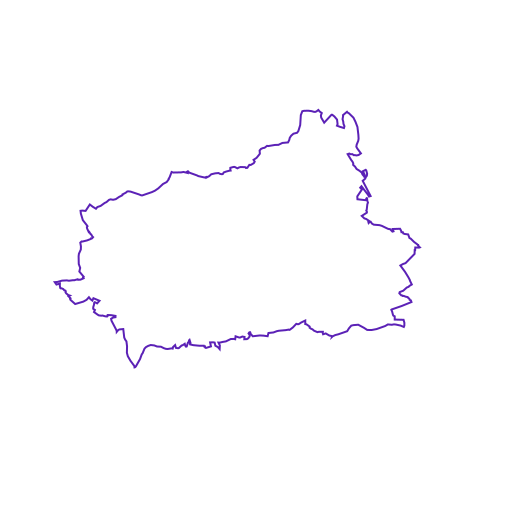 Ceuasu De Campie, Mures, Romania (orthographic projection), rotated 137°
{"feature_id": "2599482B23601231782358", "entity_name": "Ceuasu De Campie", "entity_type": "district", "adm_level": 2, "iso_a3": "ROU", "parent_name": "Romania", "parent_adm1": "Mures", "projection": "orthographic", "projection_center": [24.479, 46.65], "detail": "fine", "context": "isolated", "style": "outline", "palette": "violet", "viewbox_px": 512, "rotation_deg": 137, "n_neighbors": 0, "source": "geoboundaries", "source_scale": "gbopen_adm2", "svg_char_len": 6132}
<svg xmlns="http://www.w3.org/2000/svg" viewBox="0 0 512 512"><g transform="rotate(137 256 256)"><path d="M267.3,372.0L267.5,371.6L270.9,371.0L274.9,372.1L281.4,372.1L285.4,372.7L288.5,373.7L297.9,377.9L298.6,378.7L299.6,380.9L303.8,388.6L305.1,390.2L306.1,391.0L308.1,391.1L311.7,392.1L312.2,391.6L312.8,391.7L315.9,392.6L319.8,393.2L322.2,394.6L323.7,396.6L325.2,397.3L328.6,397.4L330.5,398.0L335.5,398.6L338.6,400.0L340.8,399.7L341.8,403.3L342.4,407.0L349.9,405.2L352.1,407.7L353.5,408.7L355.2,406.4L358.2,400.3L358.8,393.1L358.9,392.7L360.0,392.5L360.8,391.2L362.0,387.5L361.5,387.4L362.1,384.7L361.8,384.2L362.4,381.8L362.3,380.9L363.8,380.7L364.7,381.4L365.1,381.1L368.9,382.6L373.0,384.9L373.7,385.6L375.4,385.6L377.5,382.4L379.7,380.2L384.0,378.4L385.9,376.8L391.1,371.0L392.7,367.2L395.8,365.1L396.2,358.3L397.1,358.3L397.3,357.3L400.5,358.4L402.4,360.0L402.3,360.6L405.6,362.3L406.2,363.0L409.7,365.5L411.0,367.2L414.7,370.3L419.0,372.5L421.0,374.1L421.4,371.2L418.2,369.6L419.8,368.0L421.0,366.1L420.9,365.5L420.2,364.9L419.5,363.2L419.6,361.6L419.0,360.7L419.2,359.9L420.1,359.3L420.3,358.1L419.9,355.4L419.2,354.1L420.6,354.5L420.5,351.6L421.2,351.5L421.6,350.5L421.0,344.2L413.4,340.4L409.8,339.5L406.3,339.8L406.5,337.4L406.1,335.0L403.7,336.0L401.0,330.0L404.5,329.7L405.2,331.8L405.6,332.3L406.3,332.1L407.5,331.0L409.9,329.6L411.0,328.5L411.1,328.2L410.6,326.4L412.7,325.5L411.8,321.0L411.4,319.7L409.8,317.8L408.9,317.2L407.4,314.7L406.2,313.3L405.5,313.3L405.0,314.0L404.7,314.0L402.1,311.3L399.6,308.0L400.5,307.1L402.6,308.5L404.8,308.9L405.8,307.3L408.5,297.5L409.0,296.2L409.6,295.5L407.1,295.8L405.9,295.4L402.9,293.1L408.0,286.2L408.7,284.1L409.0,281.9L411.9,277.9L416.4,273.3L418.1,270.1L419.3,264.8L420.0,258.5L420.8,257.4L420.2,257.1L419.1,257.2L411.1,259.7L406.6,262.0L405.3,262.2L400.7,264.3L398.6,264.4L396.2,263.8L393.7,262.7L391.4,260.0L390.1,257.3L387.4,254.5L386.2,251.3L385.2,249.5L384.0,248.2L380.7,246.0L380.1,245.1L378.7,246.0L375.9,246.0L377.2,243.4L375.9,241.7L375.2,241.3L371.4,241.3L370.6,240.8L368.0,240.4L368.9,238.7L369.0,237.4L368.4,237.1L364.8,239.1L364.1,238.8L362.4,240.0L361.8,240.0L363.2,237.1L364.2,236.8L364.5,236.3L362.7,233.6L358.8,229.2L355.3,225.9L355.6,225.1L355.0,224.7L355.6,223.7L355.3,222.9L350.6,220.6L348.5,224.1L346.2,222.1L345.3,220.9L346.9,218.1L346.0,215.4L346.1,212.7L343.4,215.3L342.5,218.3L341.5,217.3L339.0,215.9L336.3,214.1L331.1,212.5L328.8,210.5L328.0,209.3L325.7,211.2L324.0,208.0L323.4,207.3L320.9,206.4L319.6,204.6L321.3,203.1L319.3,201.4L317.9,201.1L315.6,201.5L314.5,202.5L314.3,204.4L313.2,204.7L312.3,204.4L312.3,204.0L313.0,203.0L313.1,199.5L307.4,195.3L304.8,192.6L302.2,189.4L299.4,191.2L295.4,188.2L292.0,186.8L290.2,185.7L284.8,181.5L282.3,179.9L282.1,179.3L281.5,179.0L277.8,178.6L272.8,178.9L271.8,177.4L270.7,176.9L268.5,176.6L264.0,175.2L266.4,172.6L265.7,171.7L264.9,167.8L265.7,167.0L265.3,165.1L264.7,163.9L264.5,161.8L263.0,158.4L261.7,157.7L258.8,155.0L259.7,154.2L260.3,153.0L257.8,151.8L256.6,147.8L255.1,145.7L255.1,145.3L255.6,145.0L254.7,145.0L251.9,144.1L249.2,142.6L240.6,138.8L237.4,139.7L233.8,140.1L231.9,139.0L228.1,136.0L226.0,129.8L225.1,126.1L224.5,125.5L221.9,123.0L217.6,120.3L209.3,116.7L206.2,116.0L203.6,113.1L201.7,111.9L200.4,110.4L197.7,106.5L196.3,103.3L195.0,103.9L193.0,106.0L191.6,108.7L197.9,114.9L195.7,117.3L196.2,118.6L196.0,119.5L194.3,122.6L193.7,124.4L193.3,124.4L183.6,120.1L173.7,116.3L173.0,117.9L173.5,119.2L173.0,120.2L173.3,122.1L173.1,122.5L174.3,124.2L175.2,126.1L176.0,126.8L176.0,127.4L176.6,128.2L176.6,131.0L175.5,131.6L172.0,130.2L167.2,130.1L165.4,129.4L164.1,129.5L161.5,128.9L160.2,133.1L159.9,133.4L159.1,136.4L157.8,142.8L156.9,150.6L154.0,149.9L151.5,148.8L138.6,149.4L135.9,152.1L135.6,151.8L133.7,153.6L131.0,150.9L130.3,150.6L130.4,152.3L129.9,153.3L130.2,153.5L130.1,154.6L130.8,158.5L131.0,163.2L131.5,164.5L130.0,168.0L132.3,170.8L132.9,172.1L132.4,173.3L133.4,174.2L132.6,175.6L132.1,177.7L137.6,182.5L138.6,180.3L139.6,180.8L139.7,184.4L140.4,185.0L141.0,186.0L143.4,192.2L144.6,194.3L148.5,198.6L149.1,200.6L148.8,202.8L149.2,203.0L149.2,203.4L151.1,203.3L150.4,204.7L149.5,205.1L150.2,208.0L151.1,209.6L151.3,213.2L145.4,212.1L144.8,212.6L144.3,214.1L143.5,214.3L139.3,217.9L137.7,218.7L137.0,220.4L135.4,222.5L135.5,222.8L136.2,222.8L137.3,221.9L137.8,222.1L143.1,228.3L141.5,230.3L141.0,230.6L133.2,232.4L133.2,234.9L131.3,235.1L132.3,224.6L132.8,222.4L131.3,221.7L126.7,238.2L123.2,238.1L122.7,238.6L120.2,239.1L118.6,240.4L117.0,243.4L117.0,244.2L120.0,245.1L121.1,241.3L121.7,240.4L122.6,239.7L122.8,240.1L122.2,241.0L122.6,241.3L122.5,243.1L121.8,244.9L122.2,247.8L123.1,251.1L122.6,253.8L122.8,256.4L121.7,257.4L121.1,259.2L120.9,261.3L119.5,268.0L117.9,267.3L117.4,265.9L116.1,264.8L115.7,263.0L115.0,262.5L113.9,261.0L112.1,259.9L109.3,259.5L108.6,265.6L108.1,267.5L106.4,268.8L102.7,270.5L101.0,271.8L98.5,274.8L93.8,281.2L91.7,286.4L90.4,290.7L90.7,297.0L91.2,298.5L91.1,299.4L96.3,299.7L96.8,299.0L99.4,297.0L100.6,294.7L101.9,293.0L102.8,290.6L104.4,289.6L106.6,293.4L107.9,296.1L106.4,296.8L103.7,300.5L103.5,304.6L103.9,307.1L104.1,307.6L104.7,307.8L115.2,307.0L113.9,312.8L112.6,314.6L110.4,315.7L110.9,318.3L110.8,320.3L113.1,320.5L114.4,321.0L115.2,321.8L116.6,324.1L118.6,326.5L121.8,329.4L123.4,330.3L127.1,328.5L134.4,321.6L139.8,318.5L141.9,318.1L145.2,319.9L148.2,320.0L150.7,319.4L152.5,318.2L155.1,317.2L159.6,320.7L163.8,322.0L166.4,324.3L172.0,328.0L172.8,329.0L175.9,329.3L177.3,330.2L179.2,330.9L181.4,330.7L183.4,328.2L184.2,328.0L188.7,327.4L192.2,328.0L192.6,325.9L194.3,325.4L197.8,326.2L198.7,327.2L202.2,326.4L203.3,327.2L203.1,327.9L203.6,328.6L206.5,331.5L207.9,332.3L209.8,332.8L210.7,335.3L211.2,336.1L212.5,336.9L214.6,338.0L215.7,336.9L216.3,335.8L217.4,336.6L220.2,338.1L222.6,339.1L224.4,338.6L225.2,339.1L226.4,340.8L226.8,342.2L229.5,344.3L233.0,346.3L235.8,346.3L238.9,347.2L238.5,347.7L240.1,348.5L243.7,353.8L244.2,355.2L247.9,362.4L248.1,363.0L247.9,363.7L248.0,364.4L249.3,364.7L249.6,363.7L251.7,366.9L253.7,368.2L259.6,373.5L260.4,375.0L265.5,372.5L267.3,372.0Z" fill="none" stroke="#5b21b6" stroke-width="2"/></g></svg>